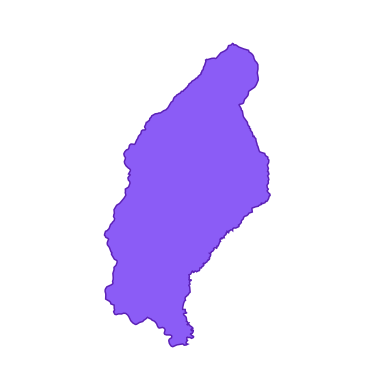 outline of Caicedonia, Valle del Cauca, Colombia, rotated 196°
{"feature_id": "7082276B66968724645536", "entity_name": "Caicedonia", "entity_type": "district", "adm_level": 2, "iso_a3": "COL", "parent_name": "Colombia", "parent_adm1": "Valle del Cauca", "projection": "orthographic", "projection_center": [-75.855, 4.307], "detail": "fine", "context": "isolated", "style": "filled", "palette": "violet", "viewbox_px": 384, "rotation_deg": 196, "n_neighbors": 0, "source": "geoboundaries", "source_scale": "gbopen_adm2", "svg_char_len": 6033}
<svg xmlns="http://www.w3.org/2000/svg" viewBox="0 0 384 384"><g transform="rotate(196 192 192)"><path d="M257.5,187.9L256.4,185.9L254.9,185.0L254.0,183.5L254.3,179.7L254.6,179.0L256.9,176.4L256.2,174.4L256.0,172.9L254.8,170.9L254.8,170.3L255.8,167.0L258.1,161.8L258.6,160.9L260.8,158.5L262.1,153.5L260.7,149.9L260.9,149.1L260.7,146.8L259.1,145.2L258.9,143.2L260.2,140.8L260.4,139.8L261.3,138.4L261.6,134.0L263.0,131.4L264.3,130.4L264.4,127.2L264.1,126.2L262.9,125.5L262.6,124.8L261.9,124.5L260.2,124.3L259.2,123.7L259.5,120.1L259.2,118.8L258.7,117.9L256.2,116.0L253.3,112.1L252.5,111.8L252.2,110.8L252.4,110.2L252.0,109.7L248.1,106.0L245.3,105.4L244.6,104.0L244.8,100.6L246.2,98.1L245.5,95.7L245.6,91.9L244.2,88.2L243.7,86.3L243.7,84.1L242.9,82.8L242.9,81.9L243.9,80.6L247.7,77.4L248.4,75.3L248.5,73.9L248.0,72.2L247.2,71.0L246.5,69.4L245.5,65.3L241.1,64.2L239.9,63.4L239.1,62.1L235.7,61.8L234.7,58.7L234.0,57.4L233.9,56.5L234.4,55.8L234.3,55.2L232.9,53.6L232.3,53.2L231.1,53.2L229.0,54.6L226.2,55.3L224.2,56.7L222.2,57.0L220.0,56.1L218.4,54.8L215.4,51.4L212.7,49.8L209.9,49.1L208.9,49.5L206.4,52.2L203.7,53.9L202.9,55.5L201.4,57.3L200.3,59.2L199.2,59.0L196.2,58.5L195.1,57.8L192.8,57.5L192.0,57.2L189.8,55.7L188.2,53.6L186.8,52.3L185.7,52.3L183.0,53.7L181.4,53.5L180.1,52.5L179.8,51.9L179.8,49.0L179.6,48.3L178.9,47.7L177.2,47.6L173.3,48.6L172.0,48.2L171.7,47.8L171.5,46.2L173.1,44.4L173.4,43.2L173.2,42.4L172.0,40.2L170.2,38.6L169.3,38.1L167.8,38.0L164.4,40.9L159.0,43.4L157.3,42.6L155.5,43.3L154.1,44.6L155.5,44.7L156.1,45.2L156.2,46.1L155.4,48.2L156.4,48.6L156.5,49.7L156.9,50.3L156.9,50.7L156.4,51.2L155.0,51.2L154.0,51.6L152.1,51.2L150.8,52.3L150.5,53.2L151.0,53.7L152.2,53.9L154.3,55.0L154.2,55.4L152.8,56.3L152.4,57.9L152.6,59.3L153.4,59.3L153.9,58.6L155.0,59.2L154.7,60.3L153.6,60.9L153.6,61.4L155.3,62.4L156.9,62.8L157.8,63.5L158.8,63.7L159.7,63.1L160.1,63.2L160.0,63.6L159.1,64.2L158.9,65.3L159.8,64.9L160.9,66.1L161.7,66.1L161.8,67.2L162.8,69.5L163.6,70.4L166.0,71.6L166.6,72.4L166.3,73.0L164.1,74.0L163.9,74.3L165.5,75.3L166.1,77.2L168.6,76.6L169.1,78.2L169.4,83.0L169.1,85.2L168.4,86.1L169.3,87.6L169.4,89.0L169.1,89.7L168.5,90.1L168.3,91.1L167.4,92.1L167.0,93.8L166.2,95.2L168.1,100.2L169.3,101.4L169.2,101.9L168.6,102.4L168.5,102.9L169.4,104.0L169.6,105.7L168.5,106.7L168.5,107.1L168.9,107.3L170.3,106.6L170.7,106.8L170.8,108.1L171.2,108.9L171.0,109.6L172.1,111.7L170.7,112.6L169.9,116.0L169.5,116.1L168.5,115.1L167.9,115.5L167.6,116.5L166.7,117.0L165.6,116.6L164.5,117.7L163.4,118.4L163.2,119.2L163.4,121.2L162.0,121.6L161.8,123.1L161.0,123.7L160.5,124.6L160.6,125.1L161.5,126.2L161.4,126.5L161.0,126.8L160.3,126.6L159.9,126.9L159.4,127.9L158.4,128.9L158.3,129.9L157.6,130.8L157.8,131.3L156.9,131.8L156.7,132.7L157.3,133.5L156.7,135.3L156.7,136.7L157.0,137.4L158.1,137.9L157.3,138.2L157.3,138.8L156.9,139.1L156.8,140.0L155.8,140.8L155.0,142.9L155.6,143.6L155.0,144.6L153.5,145.0L152.9,144.7L152.7,145.0L152.7,145.7L153.1,146.7L152.0,147.4L151.5,152.0L151.0,152.4L151.6,153.1L152.0,154.3L151.7,154.9L151.0,154.9L150.3,155.4L150.8,156.0L148.4,156.9L148.9,157.6L148.8,159.0L147.8,160.2L147.5,161.6L147.9,161.9L147.3,162.7L147.4,163.8L145.6,163.0L145.6,165.0L145.0,165.2L144.4,166.2L143.2,166.6L142.3,166.1L142.7,167.7L142.3,168.6L141.5,169.1L140.0,169.4L137.5,171.6L137.4,172.5L138.1,173.1L137.0,174.5L136.2,176.2L136.6,177.7L136.2,178.8L135.3,180.2L135.4,181.9L134.5,183.3L132.9,184.3L132.0,185.6L131.4,187.4L128.5,189.4L129.8,192.4L129.8,193.1L126.8,195.3L124.3,196.6L123.9,197.6L121.7,199.3L121.7,199.5L122.4,200.0L122.3,200.4L120.5,200.6L118.9,201.8L118.6,203.3L117.6,203.5L117.0,204.5L117.0,205.3L116.6,206.4L116.6,209.4L116.1,209.9L116.0,210.3L116.6,211.5L117.6,211.9L119.7,213.3L120.1,214.2L119.5,215.3L119.5,215.9L120.7,216.7L121.8,219.0L121.0,221.6L121.9,223.9L121.5,224.9L122.5,226.9L123.8,228.3L123.7,228.9L123.1,229.9L123.0,230.6L123.6,231.2L124.0,232.3L125.0,232.5L125.1,235.9L126.0,236.9L127.0,238.7L126.4,241.2L126.9,243.9L128.3,244.8L128.7,246.4L131.3,247.2L132.4,248.4L132.7,249.1L137.6,249.2L138.8,250.1L141.3,254.1L142.3,255.0L142.8,256.2L144.4,258.6L145.4,260.9L146.9,261.7L147.7,262.8L148.1,262.8L148.4,262.2L148.8,262.3L149.0,263.1L150.6,265.9L152.8,267.4L153.1,268.7L154.3,269.1L154.8,270.7L155.8,271.1L156.7,271.9L157.4,272.9L158.0,274.3L162.9,278.1L163.8,279.3L165.9,283.7L167.2,284.5L167.8,285.8L170.8,288.7L170.4,289.4L168.1,290.6L167.1,291.7L167.0,295.7L166.3,296.8L164.9,300.1L164.9,302.0L165.3,304.0L165.0,304.8L160.7,310.0L159.8,312.8L159.2,318.0L160.0,320.3L162.1,324.5L162.5,328.4L163.8,332.6L165.7,334.5L167.0,335.1L168.0,336.0L169.3,337.6L170.2,339.3L171.4,340.5L173.0,341.5L175.9,342.4L176.7,343.8L181.6,343.8L187.1,344.3L190.0,345.4L191.1,345.4L192.2,344.9L193.0,345.8L193.9,346.0L195.1,343.9L197.2,342.8L197.4,340.3L197.8,338.8L199.4,336.7L202.7,333.7L205.5,327.4L206.4,326.7L207.4,326.8L209.9,325.9L213.5,323.6L214.6,323.5L215.3,322.5L214.7,321.6L214.8,317.2L215.3,315.2L215.0,312.6L215.6,311.9L215.8,311.0L215.8,309.1L216.2,308.8L215.9,307.8L217.9,305.0L218.1,303.4L219.3,302.6L220.3,300.8L222.7,298.3L223.0,297.0L224.7,295.0L224.7,293.6L225.3,292.7L225.5,291.6L226.7,289.8L226.9,289.1L227.9,287.8L228.5,286.3L229.9,285.8L230.5,283.8L230.8,283.4L231.4,283.3L232.2,282.1L233.3,281.2L233.9,279.6L234.8,278.7L235.4,277.2L235.5,274.2L236.8,272.5L238.4,266.2L239.7,263.8L241.7,262.3L244.1,259.3L245.7,258.8L246.6,258.0L248.9,257.0L251.7,254.1L252.0,252.3L252.8,251.2L252.7,249.0L253.6,248.1L254.2,246.9L255.1,246.4L255.2,243.4L255.6,241.9L255.2,241.0L254.2,240.2L253.9,239.4L254.3,238.7L256.5,238.0L257.4,236.8L257.3,233.8L258.8,230.9L259.0,228.1L259.5,226.8L260.0,222.7L260.5,221.9L263.2,221.5L264.0,221.2L264.6,220.4L265.0,219.4L264.8,217.1L264.9,216.2L265.4,215.2L266.4,214.6L266.9,213.9L267.7,212.1L268.0,210.3L268.0,209.8L267.0,208.0L265.4,206.6L265.2,204.8L265.4,204.0L265.4,202.5L264.6,200.9L262.5,198.9L259.6,197.4L258.6,197.2L257.3,196.3L257.1,195.3L258.0,191.8L256.4,191.7L256.2,191.2L257.0,189.7L257.5,187.9Z" fill="#8b5cf6" stroke="#5b21b6" stroke-width="1.5"/></g></svg>